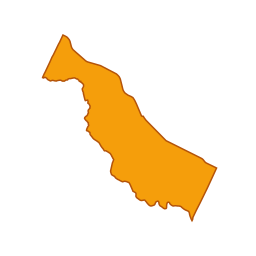 Stonnington, Victoria, Australia (Natural Earth projection), rotated 197°
{"feature_id": "25037944B5658593283329", "entity_name": "Stonnington", "entity_type": "district", "adm_level": 2, "iso_a3": "AUS", "parent_name": "Australia", "parent_adm1": "Victoria", "projection": "natural_earth1", "projection_center": [145.04, -37.861], "detail": "fine", "context": "isolated", "style": "filled", "palette": "amber", "viewbox_px": 256, "rotation_deg": 197, "n_neighbors": 0, "source": "geoboundaries", "source_scale": "gbopen_adm2", "svg_char_len": 5692}
<svg xmlns="http://www.w3.org/2000/svg" viewBox="0 0 256 256"><g transform="rotate(197 128 128)"><path d="M104.7,68.9L104.4,68.9L102.9,68.6L102.2,68.4L101.7,68.2L101.3,67.8L101.0,67.2L100.9,66.7L100.6,65.5L100.4,64.9L99.6,64.1L98.3,63.5L97.8,63.4L96.2,62.8L95.5,62.6L95.1,62.5L94.6,62.5L94.0,62.6L93.6,62.7L91.7,63.7L91.3,63.9L90.9,63.9L90.6,63.8L90.1,63.4L88.9,62.7L87.9,61.9L86.3,60.9L85.8,60.6L85.0,60.3L84.4,60.1L84.0,60.1L83.7,60.1L83.3,60.1L82.9,60.3L82.3,60.6L80.6,61.8L80.3,62.2L80.0,62.7L80.0,63.2L79.8,64.8L79.7,65.3L79.4,65.7L78.6,66.5L78.3,66.7L78.0,66.8L77.7,66.7L77.3,66.5L77.1,66.3L76.8,66.0L76.2,64.6L75.9,64.2L75.6,63.8L74.7,63.1L74.3,62.9L73.8,62.8L73.1,62.6L72.2,62.3L71.4,62.0L70.8,61.7L70.3,61.6L69.8,61.5L69.3,61.5L68.9,61.7L68.4,61.9L68.1,62.1L67.9,62.4L67.8,62.9L68.0,63.6L68.5,65.6L68.6,66.4L68.7,67.1L68.6,67.7L68.5,68.2L68.3,68.5L68.0,68.7L67.6,68.9L67.1,68.9L66.5,68.7L66.0,68.1L65.6,67.7L64.9,67.3L63.8,66.9L63.0,66.7L62.3,66.6L61.8,66.7L61.0,67.1L60.3,67.4L59.7,67.6L57.5,68.0L56.5,68.3L55.7,68.4L55.2,68.4L54.8,68.4L54.2,68.3L53.3,67.8L51.1,66.9L49.2,66.4L47.1,66.2L46.3,66.1L45.8,65.9L45.4,65.7L45.0,65.4L44.4,64.5L44.3,64.3L44.0,63.7L43.7,63.1L42.7,61.6L40.9,59.3L40.5,58.9L39.7,58.1L39.5,59.1L39.5,59.7L39.5,60.0L39.6,60.4L39.7,60.8L39.7,61.2L39.8,61.5L39.7,62.1L38.6,69.5L37.2,77.3L34.6,93.6L33.8,99.4L33.1,104.5L31.6,115.6L42.8,117.4L43.2,117.5L44.0,117.8L44.6,118.1L45.1,118.4L46.3,119.3L47.1,119.8L47.8,120.1L48.3,120.3L49.2,120.5L63.5,122.9L87.9,127.0L110.2,139.1L113.1,140.7L114.6,141.8L115.7,142.6L116.7,143.6L116.8,143.6L117.1,143.7L117.3,143.6L117.7,143.4L118.0,143.4L118.3,143.4L118.6,143.5L118.8,143.7L125.6,151.8L127.1,153.6L129.5,156.2L130.7,157.3L132.2,158.5L134.2,159.0L137.6,159.4L140.9,160.5L141.6,160.9L142.5,161.6L142.9,161.9L143.5,162.6L144.0,163.1L144.2,163.4L145.6,165.8L149.4,172.1L149.7,172.6L150.2,173.1L150.5,173.5L151.3,174.3L152.0,174.8L153.0,175.4L153.8,175.8L154.4,176.1L155.2,176.4L155.8,176.5L163.9,178.0L172.4,179.6L173.2,179.6L174.1,179.6L185.1,179.4L186.0,179.4L186.9,179.5L187.5,179.7L188.3,179.9L188.9,180.2L197.5,184.1L199.6,185.0L203.4,186.8L203.7,187.0L204.6,187.7L205.4,188.5L206.0,189.3L208.8,193.9L210.1,195.3L212.2,196.7L212.8,197.0L213.4,197.2L214.7,197.5L217.4,197.9L218.5,189.9L218.9,188.2L219.5,184.4L219.6,183.6L220.8,176.0L221.4,173.5L221.8,169.9L222.1,167.5L223.7,156.5L223.9,155.8L224.4,151.8L224.4,151.3L224.2,151.3L224.2,151.2L223.6,151.2L223.2,151.2L223.1,151.4L223.0,151.5L222.8,151.9L222.7,152.0L222.1,152.2L220.9,152.0L220.2,151.8L219.4,151.1L219.0,150.9L218.8,150.9L218.7,150.8L217.5,150.6L217.2,150.5L216.5,150.4L216.1,150.3L215.6,150.5L214.7,151.2L213.9,151.6L211.5,151.7L210.3,152.0L210.2,152.0L209.8,152.3L209.7,152.5L209.2,152.8L208.4,153.2L207.7,153.6L207.3,153.7L206.9,153.9L206.5,154.0L205.9,154.0L205.5,153.9L204.7,153.7L204.2,153.7L203.4,154.0L202.6,154.2L202.3,154.5L201.9,155.1L201.4,155.6L201.1,155.8L200.7,156.0L200.2,156.1L199.7,156.6L199.7,157.1L199.5,157.5L198.0,158.3L197.4,158.4L197.1,158.6L196.4,159.0L195.7,159.4L195.4,159.6L195.0,159.8L194.2,160.1L193.9,160.3L193.2,160.3L192.8,160.2L191.9,160.0L191.6,159.9L190.9,160.1L190.5,160.1L189.9,159.7L189.6,159.5L189.2,159.4L188.8,159.2L188.6,158.9L188.4,158.6L188.1,158.4L187.2,158.4L187.0,158.6L186.9,158.3L186.7,158.1L186.4,158.1L186.2,158.1L185.3,157.8L185.1,157.5L184.7,157.3L184.0,157.0L183.6,156.8L183.3,156.6L183.0,155.9L182.8,155.2L182.7,154.8L182.7,154.4L182.8,153.8L182.9,153.2L183.2,152.4L183.1,151.9L182.9,151.3L182.1,150.1L181.9,149.9L181.7,149.6L181.1,149.0L181.0,148.7L180.8,148.3L180.7,148.1L180.7,147.8L180.3,147.2L180.1,146.8L179.8,146.4L179.2,145.4L179.2,145.2L178.9,144.8L178.3,143.9L178.2,143.6L177.8,143.0L177.7,142.8L177.5,142.6L177.3,142.3L177.2,142.1L176.8,141.7L174.8,142.9L174.1,141.8L173.7,141.3L173.7,141.1L173.8,140.6L173.8,140.4L173.6,140.0L173.5,139.9L172.6,139.6L172.2,139.5L172.0,139.3L171.8,139.1L171.6,138.8L171.4,138.6L171.0,138.3L170.5,137.4L170.5,136.7L170.2,135.9L171.2,133.6L171.2,133.0L171.1,132.6L170.5,131.2L170.3,131.0L170.3,130.5L170.6,129.5L170.6,128.4L170.8,127.9L171.4,127.1L171.6,126.9L171.7,126.6L171.9,126.5L172.0,126.2L172.4,125.4L172.4,124.8L172.3,124.4L172.1,124.2L171.1,123.4L170.3,122.9L169.0,122.4L168.8,122.1L168.3,121.9L168.2,121.8L168.0,121.6L167.6,121.5L167.3,121.2L167.3,120.5L167.0,119.9L166.7,119.7L166.4,119.2L166.4,118.9L166.4,118.5L166.7,117.8L166.9,116.9L167.0,115.9L167.1,115.4L167.0,115.1L167.1,114.2L167.0,113.6L166.9,113.5L166.6,113.3L166.1,113.3L165.8,113.4L165.4,113.4L164.7,113.0L163.3,112.7L163.1,112.5L162.9,112.1L162.8,111.7L162.7,111.5L162.6,111.2L162.2,110.6L161.9,110.4L161.6,110.2L160.6,109.5L160.3,109.3L160.0,109.1L159.7,108.9L159.3,108.6L159.0,108.3L158.3,107.9L158.1,107.8L157.6,107.5L156.4,107.1L155.6,106.9L154.5,106.6L154.0,106.5L153.5,106.2L152.8,106.0L152.0,105.8L151.7,105.7L150.3,104.5L149.8,104.0L149.5,103.7L148.2,102.5L147.1,101.7L146.2,101.1L145.8,100.9L145.2,100.4L145.1,100.2L144.3,99.6L143.9,99.3L143.5,99.4L143.3,99.5L142.6,99.7L142.0,99.7L141.5,99.5L140.1,99.2L139.1,98.9L138.0,98.6L137.4,98.3L136.9,97.9L136.0,97.1L135.7,96.9L135.4,96.4L134.6,95.7L133.6,94.6L133.3,94.5L132.4,93.5L132.5,93.1L132.5,92.0L132.5,91.6L132.7,90.4L132.7,89.8L132.1,81.8L131.9,81.3L131.5,80.6L130.3,78.9L130.1,78.7L129.7,78.5L129.5,78.4L129.0,78.3L127.5,77.9L127.1,77.9L126.7,77.8L126.4,77.6L125.7,76.9L124.9,76.5L123.4,76.0L122.7,75.8L122.1,75.8L119.8,75.3L119.4,75.2L119.0,75.2L118.0,75.0L117.4,75.0L117.1,75.2L116.9,75.3L116.2,75.8L115.6,76.1L115.0,76.2L113.9,76.3L111.6,76.1L111.4,76.1L110.8,75.9L110.6,75.7L110.1,75.2L109.3,74.4L108.8,73.8L106.0,70.5L105.4,69.8L105.0,69.3L104.7,68.9Z" fill="#f59e0b" stroke="#b45309" stroke-width="1.5"/></g></svg>